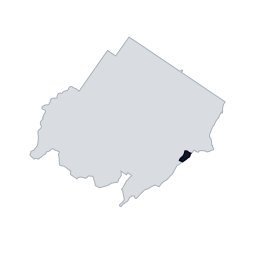 location of Reifi Telkok, Kassala, Sudan, rotated 34°
{"feature_id": "16777658B60092664698782", "entity_name": "Reifi Telkok", "entity_type": "district", "adm_level": 2, "iso_a3": "SDN", "parent_name": "Sudan", "parent_adm1": "Kassala", "projection": "natural_earth1", "projection_center": [36.762, 16.137], "detail": "fine", "context": "in_parent", "style": "filled", "palette": "ink", "viewbox_px": 256, "rotation_deg": 34, "n_neighbors": 0, "source": "geoboundaries", "source_scale": "gbopen_adm2", "svg_char_len": 4548}
<svg xmlns="http://www.w3.org/2000/svg" viewBox="0 0 256 256"><g transform="rotate(34 128 128)"><path d="M166.2,197.2L164.3,197.2L164.1,196.7L164.2,195.3L164.4,194.2L165.1,192.5L164.9,191.6L165.0,190.3L164.5,188.8L160.1,184.6L159.2,183.4L156.8,182.3L157.2,181.1L156.3,172.4L156.8,171.4L156.9,169.8L156.9,168.5L157.5,166.3L157.6,165.3L152.8,165.2L152.8,166.2L153.0,167.3L153.0,167.7L146.4,167.7L149.0,171.2L149.1,172.7L149.0,174.5L149.0,175.8L149.1,176.5L149.8,178.1L149.8,178.4L149.6,178.7L144.9,183.3L144.2,185.4L143.5,186.5L142.2,188.4L137.9,193.3L137.2,193.6L133.9,193.8L133.6,193.9L133.3,194.1L133.2,194.1L130.4,191.2L125.8,187.7L122.7,189.5L121.8,190.2L121.8,191.9L121.3,192.7L120.5,193.6L118.2,194.2L117.0,194.7L115.6,195.6L114.2,197.2L114.1,198.0L114.2,198.7L106.3,198.7L105.8,198.1L104.6,195.5L103.8,195.7L96.6,195.4L95.6,195.7L93.5,196.7L92.5,196.9L91.4,196.4L87.7,191.3L86.9,190.7L86.0,189.5L85.2,189.0L84.9,188.6L84.9,188.1L84.9,186.9L84.6,186.2L84.0,186.1L78.9,187.3L78.2,187.1L77.1,187.3L76.8,187.5L76.3,188.2L76.2,189.6L76.1,190.3L75.7,191.1L74.2,192.8L73.9,193.5L74.0,195.4L73.9,196.4L73.6,196.8L73.0,197.6L72.8,198.0L72.5,200.4L71.7,201.9L71.5,202.4L71.4,203.5L71.3,203.8L69.0,204.6L68.1,205.2L67.6,206.0L67.5,206.4L66.5,206.1L65.2,205.9L62.8,205.6L61.9,205.2L61.4,204.6L61.6,203.2L61.3,202.8L60.9,202.6L60.7,201.9L60.8,201.2L62.0,199.5L62.3,198.6L62.7,194.3L62.6,193.0L61.6,190.6L59.4,186.5L58.8,185.7L56.0,182.3L55.6,181.8L54.9,180.3L55.8,177.2L55.8,176.3L55.6,175.4L54.9,174.7L54.3,174.6L53.4,173.8L52.9,173.4L52.4,172.7L52.0,171.6L52.3,167.9L52.2,167.4L51.4,167.3L51.3,167.0L51.3,166.3L50.9,164.2L50.5,162.5L50.8,161.5L50.2,160.2L49.0,159.6L46.7,160.1L46.0,160.0L45.5,159.7L45.2,159.3L45.0,158.7L45.2,157.8L45.8,156.3L46.7,155.0L48.4,153.8L48.8,153.1L49.1,152.4L49.1,151.6L49.0,150.8L48.9,150.0L48.4,149.0L48.0,147.8L48.0,147.0L48.2,146.4L48.6,145.7L50.3,144.4L52.0,143.2L52.3,142.8L52.2,142.3L51.4,141.4L51.2,139.6L50.8,138.3L51.7,137.4L52.3,137.0L53.3,136.7L53.7,136.3L53.8,135.6L53.8,134.8L54.2,134.3L54.7,133.1L55.1,132.6L56.4,131.2L56.7,130.4L56.8,129.5L56.5,127.0L57.2,125.9L58.2,125.0L59.5,125.1L61.7,124.9L63.1,124.5L64.1,124.5L66.5,125.0L66.7,124.8L66.9,124.1L67.7,75.2L77.4,75.2L77.5,75.2L78.0,52.0L138.7,52.0L139.2,52.0L140.2,49.8L140.6,49.6L141.2,49.8L141.4,50.3L140.9,52.0L193.9,52.0L194.0,54.7L194.5,56.8L196.0,59.8L197.3,61.4L197.7,62.3L197.8,62.7L197.7,63.1L197.3,62.7L196.7,62.4L196.6,63.8L196.9,66.7L197.4,68.7L197.0,70.6L197.1,73.8L197.8,77.6L197.6,80.0L198.7,85.7L199.8,88.9L200.4,89.6L201.1,90.1L202.4,90.3L204.2,91.9L205.7,93.6L206.3,94.5L207.0,95.5L207.5,95.3L207.8,95.1L208.3,95.8L210.7,97.5L211.0,98.3L210.2,99.1L209.2,100.4L208.7,101.7L208.4,102.0L207.7,102.8L207.5,103.2L207.2,103.4L206.8,103.4L206.0,103.9L205.3,103.7L204.5,104.0L204.3,104.3L203.7,104.5L202.9,104.7L201.7,105.7L200.6,106.2L200.2,106.6L199.7,108.7L199.2,109.2L197.7,109.3L196.9,109.5L195.8,109.3L195.3,109.3L195.2,109.7L195.0,111.5L195.0,112.3L194.1,114.3L194.4,118.1L193.5,121.0L193.4,121.6L192.5,123.9L192.0,124.7L190.9,128.9L190.5,130.2L189.6,131.6L190.5,141.7L189.7,144.8L189.7,146.5L189.2,149.0L188.7,150.2L188.0,151.6L187.4,153.1L186.9,155.2L186.6,159.1L186.4,159.4L183.5,159.9L182.6,160.2L182.1,160.6L181.3,161.6L179.9,164.4L179.1,166.0L177.9,168.3L176.5,169.9L176.2,170.7L176.0,172.2L175.5,174.5L175.0,176.2L175.1,177.5L174.6,179.8L174.7,180.9L174.2,181.6L173.6,182.2L173.1,182.3L171.1,180.8L169.7,181.8L168.9,183.3L168.2,184.8L168.6,188.0L168.5,188.7L168.3,189.5L167.0,192.6L166.6,194.1L166.2,196.6L166.2,197.2Z" fill="#d9dde1" stroke="#a8b0b8" stroke-width="1"/><path d="M189.0,126.0L189.4,125.9L190.2,125.8L190.7,125.7L191.1,125.6L191.9,125.4L192.1,125.4L192.3,124.6L192.4,124.4L192.5,124.1L192.7,123.8L192.8,123.6L192.9,123.4L193.1,122.8L193.4,121.8L193.5,121.5L193.6,121.2L193.7,120.7L193.8,120.6L193.8,120.4L194.2,119.0L194.2,118.9L194.3,118.8L194.5,118.6L194.5,118.4L194.8,118.3L194.8,118.2L194.7,118.1L194.7,117.9L194.6,117.7L194.6,117.4L194.7,117.2L194.8,117.1L194.8,116.8L194.8,116.7L194.8,116.4L194.7,116.4L194.5,116.2L194.4,116.0L194.3,115.9L194.2,115.8L194.2,115.6L194.1,115.4L194.1,115.2L194.2,114.8L194.2,114.7L194.3,114.4L194.3,114.2L194.2,114.0L194.2,113.9L192.7,114.3L191.9,114.3L191.4,114.3L189.8,114.2L189.2,114.6L188.2,115.2L188.3,115.4L189.1,117.7L189.2,117.9L189.3,119.2L189.4,120.9L189.4,121.2L189.6,121.8L188.9,122.2L189.1,122.9L188.7,123.1L188.9,123.8L188.7,124.1L188.7,124.3L188.6,124.5L188.5,124.8L188.8,125.5L189.0,125.9L189.0,126.0Z" fill="#0f172a" stroke="#020617" stroke-width="1.5"/></g></svg>